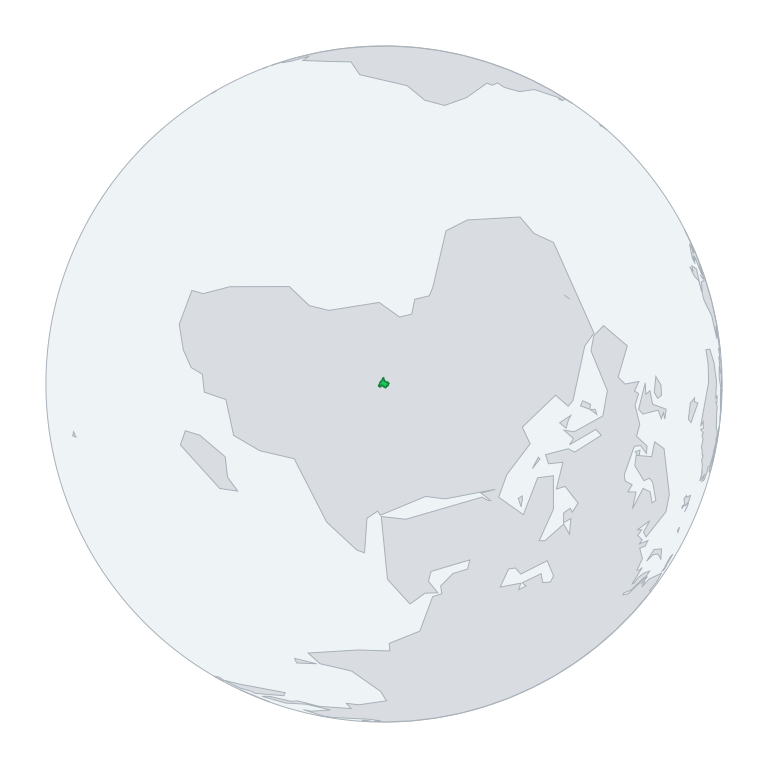 Basse-Kotto highlighted on a globe, orthographic projection, rotated 112°
{"feature_id": "CAF-794", "entity_name": "Basse-Kotto", "entity_type": "Prefecture", "adm_level": 1, "iso_a3": "CAF", "parent_name": "Central African Republic", "parent_adm1": "", "projection": "orthographic", "projection_center": [21.411, 4.979], "detail": "fine", "context": "on_globe", "style": "filled", "palette": "green", "viewbox_px": 768, "rotation_deg": 112, "n_neighbors": 0, "source": "natural_earth", "source_scale": "10m", "svg_char_len": 8578}
<svg xmlns="http://www.w3.org/2000/svg" viewBox="0 0 768 768"><g transform="rotate(112 384 384)"><circle cx="384" cy="384" r="338" fill="#eef3f6" stroke="#a8b0b8"/><path d="M264.7,67.8L264.0,68.1L262.3,68.8L264.7,67.8ZM226.0,85.3L229.2,83.6L228.3,84.3L220.5,89.1L209.8,95.4L206.0,98.1L217.2,92.5L198.0,105.7L187.0,118.1L181.9,122.2L170.3,128.0L168.0,126.0L153.0,137.6L163.8,130.2L150.9,142.3L149.2,144.8L150.6,144.8L155.9,140.6L151.7,145.3L139.5,153.3L143.1,149.1L146.9,146.2L145.7,145.9L137.4,153.3L131.5,159.8L128.0,163.4L145.2,144.9L163.7,127.8L183.4,112.1L204.2,97.9L226.0,85.3ZM53.4,314.1L51.8,322.5L54.2,324.8L53.1,329.0L54.6,354.8L62.2,368.0L63.9,383.2L62.4,391.7L66.4,395.4L66.5,401.3L87.7,414.9L103.0,432.1L105.6,452.6L98.7,474.3L106.3,522.4L97.7,535.2L104.9,554.2L114.4,580.4L108.0,576.1L119.5,590.9L123.9,598.3L122.3,597.6L130.4,607.2L129.9,606.8L114.7,588.1L100.8,568.4L88.4,547.7L77.5,526.2L68.1,504.0L60.3,481.1L54.2,457.8L49.8,434.1L47.1,410.1L46.1,386.0L46.8,361.9L49.2,337.9L53.4,314.1ZM133.7,611.0L136.1,613.6L137.5,615.2L133.7,611.0ZM285.1,61.2L286.0,60.7L291.3,59.2L285.1,61.2ZM305.1,55.4L302.6,56.2L297.8,57.5L301.0,56.4L305.1,55.4ZM337.0,49.5L324.3,51.6L320.1,52.2L333.1,49.9L337.0,49.5ZM177.0,651.1L175.0,649.2L177.6,651.1L179.5,652.9L177.0,651.1ZM696.8,256.2L698.6,261.5L700.8,267.4L697.5,260.8L700.6,272.9L712.5,306.9L714.7,317.0L716.1,336.8L714.8,329.2L706.3,311.5L710.0,336.1L716.7,355.9L719.2,380.1L716.4,372.9L713.2,351.8L710.1,344.9L707.2,323.5L697.3,292.9L694.2,299.3L690.8,287.0L676.8,263.0L670.3,271.9L662.3,306.3L667.3,338.6L661.9,353.5L640.4,308.6L629.3,278.5L622.5,282.0L599.7,258.2L562.9,259.2L556.8,251.8L550.1,255.8L533.9,249.1L524.3,237.2L514.9,238.5L540.1,270.1L550.2,269.0L557.4,255.9L562.6,267.6L578.2,277.5L563.8,307.6L507.9,336.9L501.2,313.0L452.2,250.8L453.0,243.8L452.7,243.0L452.0,241.7L448.8,253.1L440.0,241.4L467.5,284.1L472.7,303.3L507.1,338.3L504.2,342.3L514.9,349.5L547.8,338.8L548.2,346.9L533.5,385.4L486.9,439.3L492.4,474.1L488.0,504.1L457.6,524.8L458.9,547.5L442.9,556.1L441.0,568.9L427.5,582.9L405.4,596.2L369.2,597.2L368.0,585.6L351.5,563.3L329.1,508.3L339.3,482.6L336.5,462.8L310.2,419.1L316.1,394.6L308.8,384.5L293.9,387.2L285.3,375.1L276.2,374.9L218.7,383.9L200.7,368.2L178.2,320.4L188.2,301.5L189.3,279.8L258.1,208.4L273.5,212.1L328.6,202.6L335.6,204.9L330.1,220.7L372.2,239.6L384.7,226.1L421.9,236.2L446.0,235.3L453.0,205.8L413.4,206.4L405.6,192.6L436.6,180.0L471.1,181.4L469.2,176.2L446.6,164.9L453.8,155.7L438.7,160.4L445.4,165.5L436.2,169.1L429.5,164.8L432.3,161.4L421.7,159.4L411.1,177.7L416.8,184.8L389.5,188.8L396.3,201.5L389.1,207.8L375.0,188.9L375.8,181.8L350.1,163.2L346.8,170.6L370.8,189.2L363.6,187.9L359.4,199.8L357.0,189.7L331.6,169.1L306.5,174.4L275.7,204.5L260.7,207.6L247.6,202.3L257.5,172.7L289.9,169.5L293.8,160.6L286.2,148.6L296.7,149.1L297.5,144.4L309.7,143.3L325.7,131.7L337.8,130.3L343.1,116.8L350.1,114.7L345.0,122.9L347.9,128.6L378.0,127.2L383.5,124.3L384.5,116.2L392.7,117.5L389.8,109.9L406.6,106.9L383.7,104.7L384.3,96.8L393.9,90.9L390.0,88.4L374.4,98.1L371.9,102.6L376.3,106.8L365.8,120.8L355.7,123.5L351.1,108.6L336.2,111.4L339.1,100.1L379.5,78.1L396.8,74.7L427.6,83.7L424.1,87.9L411.3,86.4L424.1,94.3L422.6,90.4L429.4,92.1L431.6,86.3L436.5,87.3L430.3,80.6L436.6,81.2L440.4,85.4L449.1,79.0L461.9,79.7L461.5,78.0L457.5,75.8L476.4,79.1L475.2,77.7L468.6,76.0L462.1,72.3L457.9,67.7L464.6,69.0L467.1,70.9L482.3,77.6L487.8,83.3L490.1,83.5L487.0,79.0L468.4,70.6L463.9,67.5L473.4,70.8L469.6,69.4L469.5,68.3L475.7,68.9L465.6,65.2L455.5,55.9L466.5,57.2L476.1,60.4L476.1,58.9L478.7,59.6L502.7,67.6L526.0,77.4L548.6,88.9L570.2,102.0L590.8,116.7L610.2,133.0L628.4,150.6L645.1,169.5L660.5,189.7L674.2,210.9L686.4,233.1L696.8,256.2ZM235.6,243.8L234.0,250.2L235.6,243.8ZM508.8,199.2L528.7,200.2L517.5,182.6L524.2,181.9L518.0,176.6L516.6,181.4L501.0,167.3L508.7,162.5L505.2,155.5L498.4,154.9L486.7,166.5L509.0,186.0L505.4,193.3L508.8,199.2ZM54.4,324.6L54.3,328.8L53.5,328.4L54.4,324.6ZM63.7,277.8L63.5,280.2L62.6,281.0L63.7,277.8ZM65.0,272.6L63.8,276.7L62.7,279.2L65.0,272.6ZM151.6,141.8L152.5,141.3L152.7,142.4L150.3,144.0L151.6,141.8ZM167.6,136.8L160.5,144.6L163.9,139.7L159.1,142.8L160.3,137.4L179.4,124.1L170.5,130.7L167.6,136.8ZM167.2,127.7L164.3,131.8L166.8,127.9L167.2,127.7ZM290.4,122.5L294.8,124.9L290.6,130.2L275.2,134.8L281.1,126.9L290.4,122.5ZM302.1,127.4L301.7,113.0L311.3,110.4L306.0,114.1L312.3,113.9L305.5,119.9L314.9,132.8L311.9,138.5L285.1,142.2L295.5,137.4L290.6,134.9L302.1,127.4ZM284.1,89.6L284.1,85.8L304.8,84.9L302.4,88.7L286.9,92.8L280.6,90.8L284.1,89.6ZM255.2,71.8L253.9,72.2L256.6,71.1L260.0,69.9L255.2,71.8ZM294.0,58.3L292.9,58.6L294.0,58.3ZM288.3,59.9L292.1,58.9L282.3,61.8L285.1,61.1L264.0,69.6L261.4,70.3L252.1,75.8L241.7,79.9L248.0,76.0L233.0,83.9L234.5,82.0L225.1,87.5L240.3,78.3L241.1,77.8L244.2,76.6L253.8,72.7L258.2,70.8L271.2,65.5L273.6,64.6L288.3,59.9ZM355.2,52.8L347.2,52.8L355.7,54.9L345.8,56.0L347.4,56.2L340.7,58.1L335.2,61.1L330.6,61.4L330.5,62.5L326.0,64.2L324.3,65.9L315.4,67.5L312.6,70.0L310.0,69.4L307.5,73.4L305.4,71.3L299.3,73.9L304.6,74.6L261.0,83.6L244.3,90.8L231.6,98.4L229.7,94.9L240.4,86.2L257.2,76.6L273.5,70.9L269.7,70.9L276.4,68.4L276.6,69.4L280.3,66.5L285.8,64.9L300.8,59.3L302.6,57.3L308.1,55.6L310.2,55.7L314.2,54.2L321.9,53.4L326.0,52.4L337.7,51.2L339.2,52.6L343.7,51.5L352.8,51.2L355.2,52.8ZM340.1,49.1L344.3,49.4L340.9,50.6L322.1,52.4L317.3,53.4L305.0,55.6L310.2,54.2L313.2,53.6L317.3,52.8L314.0,53.5L319.7,52.3L324.1,51.6L329.7,50.7L329.5,50.9L340.1,49.1ZM343.1,199.0L348.5,199.5L356.8,198.6L354.2,206.6L343.1,199.0ZM325.5,184.9L330.3,183.8L330.7,193.6L325.1,193.5L325.5,184.9ZM332.5,175.3L330.5,183.0L328.3,178.8L332.5,175.3ZM349.3,121.9L354.4,120.7L355.1,122.6L352.5,125.6L349.3,121.9ZM378.2,62.9L374.2,61.8L375.6,61.2L372.5,58.0L379.5,57.5L384.2,59.2L378.2,62.9ZM446.5,210.9L439.8,216.6L436.0,214.0L439.1,212.5L446.5,210.9ZM395.0,211.3L406.9,214.8L394.1,213.5L395.0,211.3ZM385.4,61.8L383.3,60.4L388.1,61.1L385.4,61.8ZM384.5,57.0L390.1,57.4L380.0,57.1L384.5,57.0ZM548.7,649.7L548.6,653.3L544.5,653.9L548.7,649.7ZM542.4,497.1L516.8,549.9L501.8,550.7L500.5,535.7L511.0,503.9L528.9,494.3L538.1,479.6L542.4,497.1ZM718.6,431.1L718.3,431.1L717.6,427.2L718.7,421.3L719.7,422.2L719.7,422.4L718.6,431.1ZM718.6,421.2L716.4,405.5L707.2,360.0L710.6,360.2L719.0,387.3L718.6,392.3L720.0,404.7L718.6,421.2ZM721.4,402.9L721.4,401.8L721.6,382.8L721.6,373.1L721.7,373.3L721.7,370.8L721.4,402.9ZM668.6,341.6L675.4,360.5L671.9,364.0L668.6,341.6ZM704.1,276.7L704.1,278.5L702.4,273.7L701.4,268.7L704.1,276.7ZM442.6,61.8L439.1,66.2L441.2,70.5L449.8,74.1L436.2,71.6L432.9,64.9L442.6,61.8ZM453.2,56.1L445.6,54.0L449.8,54.5L452.1,55.0L453.2,56.1ZM448.0,55.2L437.2,53.8L433.5,52.5L442.8,53.7L448.0,55.2ZM411.4,55.9L409.9,57.0L406.0,56.3L411.4,55.9Z" fill="#d9dde1" stroke="#a8b0b8" stroke-width="1"/><path d="M379.3,387.4L379.1,387.3L379.0,387.2L378.4,386.7L378.9,386.4L379.1,386.3L379.4,386.0L379.8,385.4L380.1,385.2L380.4,385.1L380.5,385.1L380.8,385.1L381.0,385.0L381.0,384.9L381.0,384.7L381.0,384.3L381.0,384.2L381.2,383.9L381.2,383.7L381.0,383.3L381.0,383.2L381.1,382.9L381.3,382.7L381.4,382.0L381.3,381.7L381.5,381.4L381.5,381.2L381.4,381.0L381.3,380.9L381.2,380.9L381.3,380.8L381.3,380.7L381.6,380.7L381.7,380.4L381.9,380.2L381.9,379.9L381.8,379.7L382.0,379.7L382.1,379.8L382.3,380.0L382.5,380.0L382.6,379.9L382.9,380.0L383.0,380.0L383.3,379.9L383.5,379.7L383.7,379.8L383.8,379.8L383.8,379.7L384.0,379.7L384.1,379.8L384.3,379.9L384.3,380.0L384.5,380.3L384.4,380.4L384.4,380.5L384.6,380.7L384.6,380.8L384.8,380.9L384.9,381.1L385.0,381.1L385.3,381.0L385.5,380.6L386.0,380.7L386.4,380.8L386.9,381.1L386.9,381.4L386.9,381.5L386.9,381.8L386.8,382.5L386.8,382.8L386.7,382.9L386.6,383.0L386.3,383.3L386.2,383.4L386.3,383.5L386.5,383.7L386.5,383.8L386.4,383.9L386.2,384.2L386.2,384.3L386.1,384.9L386.1,385.0L386.0,385.3L386.0,385.5L385.9,385.5L386.0,385.7L386.3,385.7L386.4,385.8L386.6,385.9L386.8,385.9L386.8,386.0L387.0,386.0L386.9,386.1L387.0,386.2L387.0,386.3L387.2,386.5L387.3,386.7L387.5,386.7L387.8,386.6L388.0,386.6L388.3,386.7L388.2,387.0L388.0,387.3L387.9,387.6L387.9,388.0L387.7,388.2L387.7,388.3L387.4,388.3L387.2,388.4L386.8,388.4L386.7,388.3L386.5,388.2L386.4,388.2L386.2,388.2L385.9,388.0L385.6,388.0L385.4,388.0L384.7,388.3L384.4,388.2L384.0,388.2L383.9,388.2L383.7,388.1L383.4,387.9L383.2,387.8L383.0,388.0L382.9,388.0L382.7,388.0L382.5,387.9L382.4,387.8L382.2,387.7L382.0,387.4L381.9,387.4L381.4,387.2L380.8,387.1L380.6,387.1L380.4,387.2L380.4,387.3L380.2,387.3L379.8,387.3L379.3,387.4Z" fill="#22c55e" stroke="#15803d" stroke-width="1.5"/></g></svg>